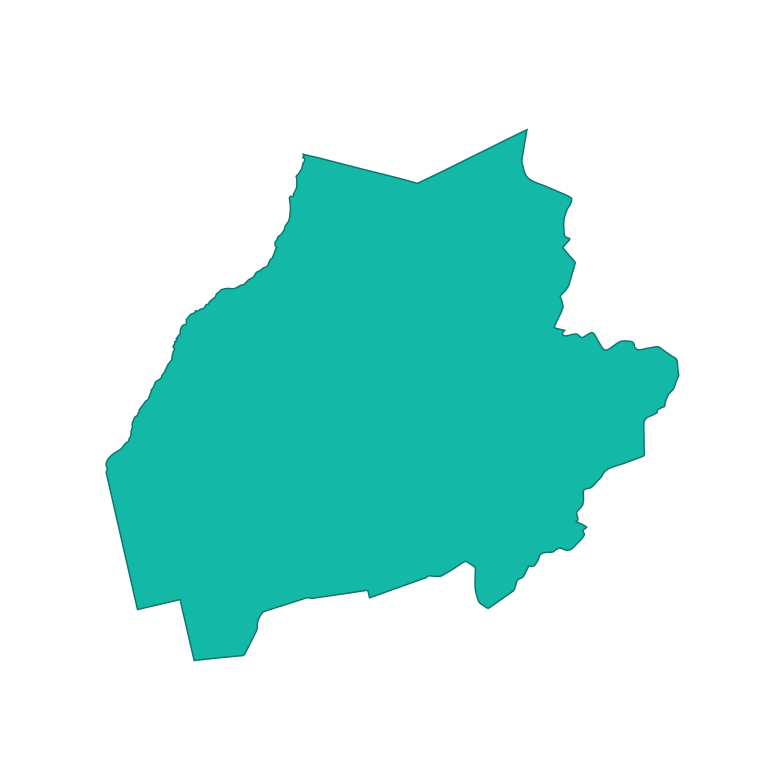 the State of Chihuahua, rotated 257°
{"feature_id": "MEX-2709", "entity_name": "Chihuahua", "entity_type": "State", "adm_level": 1, "iso_a3": "MEX", "parent_name": "Mexico", "parent_adm1": "", "projection": "mercator", "projection_center": [-106.749, 28.699], "detail": "fine", "context": "isolated", "style": "filled", "palette": "teal", "viewbox_px": 768, "rotation_deg": 257, "n_neighbors": 0, "source": "natural_earth", "source_scale": "10m", "svg_char_len": 6162}
<svg xmlns="http://www.w3.org/2000/svg" viewBox="0 0 768 768"><g transform="rotate(257 384 384)"><path d="M219.7,93.1L360.4,93.4L361.3,93.8L362.4,94.9L364.0,95.3L367.7,94.9L370.7,96.2L373.5,98.9L375.8,102.4L377.3,105.6L379.5,112.3L380.4,114.0L383.9,118.1L384.7,119.6L385.1,120.6L385.2,121.2L385.4,121.6L385.9,122.3L388.7,123.9L389.6,125.2L391.5,126.0L395.0,127.0L397.8,128.7L399.4,129.3L401.4,129.6L402.8,130.1L406.4,132.6L407.5,133.6L408.0,134.4L408.6,136.0L409.2,136.9L410.8,137.8L411.7,138.6L411.7,138.9L413.1,139.4L414.6,140.6L421.0,148.1L421.6,149.9L422.4,151.1L428.7,155.2L430.1,155.8L430.7,156.2L432.7,158.5L434.4,159.8L435.8,160.6L437.1,161.6L438.1,163.5L439.2,166.9L440.0,168.3L442.1,169.3L444.9,172.7L451.6,177.9L454.9,182.1L455.9,183.0L458.3,183.6L463.1,186.0L463.6,186.4L464.0,187.0L464.5,187.5L465.4,187.9L465.8,187.9L466.2,187.7L466.7,187.0L467.0,186.8L467.9,187.2L468.5,187.3L469.1,187.6L469.8,189.0L470.7,189.3L471.5,189.4L472.2,189.6L472.5,190.2L472.7,191.3L473.0,191.1L473.3,191.4L474.4,192.6L475.0,191.9L478.8,196.5L480.4,197.2L481.9,197.5L483.7,198.4L485.3,199.7L486.4,201.2L486.6,202.1L486.7,203.2L486.9,204.3L487.5,205.1L488.3,205.4L490.9,205.7L491.5,206.1L492.0,207.1L494.5,210.0L495.4,211.7L495.6,212.7L495.8,214.7L496.0,215.7L497.4,216.5L497.7,217.0L497.7,217.6L497.2,218.6L497.1,219.3L497.3,220.4L498.1,221.6L498.2,222.6L498.1,224.0L498.0,224.6L498.2,225.2L498.9,226.2L499.5,226.9L500.6,227.6L501.1,228.2L501.3,229.0L501.4,230.1L501.5,231.1L502.0,231.5L503.5,232.5L504.7,234.8L505.8,237.4L506.8,239.3L507.4,239.8L508.8,240.5L509.6,241.3L511.2,244.7L512.4,246.2L512.6,248.3L512.5,251.8L512.1,254.0L511.0,257.5L510.7,259.4L510.9,261.6L512.5,266.9L512.5,267.7L512.3,269.2L512.5,270.2L512.8,270.7L513.9,272.0L514.1,272.5L514.5,273.4L516.0,275.4L517.2,279.8L517.5,280.6L519.1,282.4L520.5,283.5L521.6,285.0L522.4,289.0L523.8,291.7L524.4,293.1L524.5,294.5L524.5,295.4L524.9,296.4L526.1,297.7L530.0,300.4L531.1,301.6L531.4,302.2L531.7,303.1L532.1,303.9L532.6,304.2L533.2,304.5L539.9,308.8L540.8,310.1L542.3,309.3L544.6,309.2L546.7,309.8L548.1,311.5L550.0,313.0L550.7,313.3L551.3,313.8L552.7,317.2L555.5,320.3L557.3,321.8L560.1,323.2L564.1,327.7L567.3,329.4L574.8,332.0L580.1,333.1L585.9,333.5L586.8,333.8L587.6,334.5L587.9,335.4L587.3,337.5L587.8,338.0L588.8,338.3L589.6,338.7L593.5,342.0L595.9,343.4L603.2,345.2L605.5,345.0L606.1,345.2L606.8,345.7L607.1,346.3L607.3,347.0L607.8,347.8L612.0,352.0L615.6,354.0L616.6,354.3L617.3,354.9L619.7,357.1L620.9,357.6L621.8,357.0L622.6,356.1L623.3,355.9L624.3,357.6L624.8,357.3L626.0,356.9L625.9,357.4L625.7,357.5L619.2,370.8L612.4,384.0L605.5,397.2L598.7,410.3L588.6,430.2L581.7,443.7L578.2,450.3L571.9,461.7L577.8,487.8L590.6,541.7L594.9,559.6L599.7,580.5L573.7,569.7L571.6,568.9L569.8,568.4L568.0,568.2L559.3,568.5L556.0,569.0L553.0,570.2L549.4,573.1L546.3,577.0L540.8,585.3L525.8,605.7L522.7,608.6L519.3,607.6L516.0,604.8L513.2,602.0L508.9,599.0L504.5,596.7L499.8,595.1L490.9,593.5L488.9,593.3L487.0,593.5L485.9,594.6L484.9,596.4L483.8,597.6L482.4,596.8L479.4,592.4L477.5,589.9L476.3,589.0L467.0,593.7L462.9,596.1L460.5,597.3L458.9,597.6L440.0,587.1L438.1,585.8L436.5,584.3L433.5,580.8L432.2,578.7L431.0,576.7L429.7,575.4L427.7,575.5L425.6,576.0L423.4,576.1L419.1,575.9L415.7,574.0L412.4,571.5L406.0,566.2L403.4,564.4L400.9,562.4L399.4,564.4L399.0,565.1L398.2,566.9L396.4,570.3L395.6,572.1L394.7,570.8L393.7,569.6L392.6,569.0L391.2,569.5L390.1,571.4L389.8,574.0L389.9,576.8L389.9,579.1L389.7,581.4L389.5,582.7L389.1,583.4L386.2,585.6L384.9,587.0L384.6,588.3L385.9,592.0L387.1,595.8L387.4,597.7L387.0,598.9L386.0,599.7L384.4,600.4L369.9,604.8L367.4,606.6L367.0,609.2L367.8,612.2L370.4,618.1L371.6,621.3L372.3,624.5L371.9,627.9L370.8,631.8L370.1,633.7L369.2,635.3L367.9,636.4L366.5,636.6L365.0,636.5L363.5,636.5L360.8,638.0L359.7,640.7L359.6,644.0L359.6,647.5L359.1,657.5L358.8,659.2L358.1,660.3L348.1,669.2L345.1,672.2L343.5,673.8L341.9,674.7L340.3,674.9L338.4,674.7L335.0,674.0L325.6,673.0L323.3,671.0L320.9,669.4L318.4,667.9L315.8,666.4L314.1,664.9L312.7,663.0L311.3,660.9L309.9,659.1L307.9,657.2L305.8,655.7L303.6,654.3L301.2,653.2L299.3,652.6L298.9,652.0L298.6,649.4L298.3,648.2L297.7,645.7L297.1,644.7L296.3,644.2L295.3,643.9L294.4,643.2L294.0,641.4L293.5,639.4L293.1,637.9L292.7,635.0L291.9,632.3L290.5,630.2L288.5,628.8L286.1,628.0L263.6,623.2L257.5,622.0L256.1,621.4L255.3,620.1L254.9,617.4L252.8,600.7L252.3,595.7L251.9,590.0L251.2,584.6L249.7,580.3L248.2,578.3L244.6,574.9L243.1,572.8L241.4,570.1L239.4,567.4L237.6,564.7L236.3,561.7L236.4,556.9L235.8,554.9L233.8,553.9L229.7,553.1L225.2,552.1L221.2,550.2L218.4,546.7L217.5,545.1L216.5,543.6L215.3,542.7L213.6,542.4L211.6,542.6L209.5,542.7L207.6,542.1L206.5,540.2L204.8,542.7L203.0,545.1L201.0,547.4L198.9,549.3L198.3,548.4L197.8,547.4L197.0,545.4L196.4,544.8L195.9,544.7L194.5,545.1L193.1,545.4L192.0,545.2L191.1,544.6L190.0,543.4L188.0,540.8L186.2,538.0L182.6,532.4L181.4,530.4L180.6,528.4L180.5,526.4L181.1,524.0L182.4,521.9L183.9,520.2L184.7,518.2L184.4,515.5L183.0,512.4L182.4,510.8L182.4,509.2L183.2,505.5L183.5,503.6L183.6,501.7L183.4,500.0L182.9,498.5L182.1,497.3L180.7,496.4L178.5,495.0L176.6,493.4L174.8,491.6L173.1,489.5L172.9,488.1L173.1,486.8L173.6,485.5L174.4,484.5L165.4,476.8L164.3,475.1L163.5,471.0L162.5,469.4L155.7,465.6L154.6,464.9L153.6,464.0L153.0,462.8L142.7,437.4L142.0,435.4L142.8,433.7L144.4,432.2L146.0,430.8L147.6,429.2L149.0,428.1L150.5,427.4L152.5,427.1L156.9,426.7L160.8,426.6L164.7,426.9L168.9,427.7L180.3,430.6L183.1,431.5L184.5,431.6L185.7,431.1L192.8,424.0L192.8,422.7L192.1,420.2L191.2,417.7L187.6,408.1L184.1,396.9L184.1,394.4L184.9,391.1L186.8,385.3L187.0,384.2L186.7,383.2L185.9,381.5L185.6,380.5L185.4,377.2L181.1,340.6L178.9,321.8L184.7,321.8L186.1,321.6L186.7,321.1L186.9,320.1L187.0,318.2L190.2,278.5L191.0,269.9L191.2,266.4L191.5,264.8L192.9,262.1L193.1,261.0L190.8,234.0L190.6,230.3L189.5,218.4L189.2,216.1L188.8,214.5L187.9,213.2L186.3,211.6L184.1,209.7L182.1,208.2L180.0,207.1L177.4,206.3L175.9,205.9L174.2,205.3L172.7,204.6L171.3,203.6L152.4,187.8L151.4,186.5L151.1,185.1L151.7,181.4L154.4,161.1L157.3,136.8L219.8,136.8L219.7,93.1Z" fill="#14b8a6" stroke="#0f766e" stroke-width="1.5"/></g></svg>